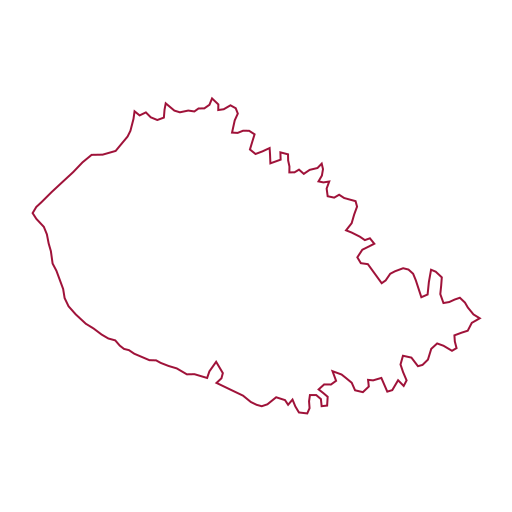 Ouro Verde do Oeste, Paraná, Brazil (Robinson projection), rotated 179°
{"feature_id": "56859067B29282085628082", "entity_name": "Ouro Verde do Oeste", "entity_type": "district", "adm_level": 2, "iso_a3": "BRA", "parent_name": "Brazil", "parent_adm1": "Paraná", "projection": "robinson", "projection_center": [-53.938, -24.799], "detail": "fine", "context": "isolated", "style": "outline", "palette": "rose", "viewbox_px": 512, "rotation_deg": 179, "n_neighbors": 0, "source": "geoboundaries", "source_scale": "gbopen_adm2", "svg_char_len": 2544}
<svg xmlns="http://www.w3.org/2000/svg" viewBox="0 0 512 512"><g transform="rotate(179 256 256)"><path d="M33.4,189.8L39.6,193.8L45.1,200.8L47.9,205.8L52.9,210.7L58.1,209.0L63.6,206.6L69.4,205.7L72.4,214.7L71.4,222.9L70.6,231.4L76.6,237.2L81.2,239.2L83.6,227.0L85.1,214.5L91.4,211.9L96.6,228.8L99.2,235.5L103.8,239.8L109.1,241.2L117.3,238.3L122.1,235.9L126.8,229.3L130.8,226.6L144.3,245.9L151.3,247.0L154.7,252.9L149.6,260.4L137.5,266.2L141.8,271.7L146.9,270.0L151.8,273.5L160.0,277.8L165.5,280.1L159.8,287.1L157.1,295.8L154.1,303.6L155.5,309.1L166.8,312.4L171.8,315.8L176.8,313.0L183.3,314.5L184.2,322.2L181.5,329.2L187.3,328.4L192.2,329.5L188.7,335.3L187.5,341.7L188.7,347.2L193.0,342.9L200.8,341.2L206.8,337.3L211.5,341.6L216.0,339.0L221.2,339.0L221.0,344.9L222.2,351.0L222.2,357.1L229.8,359.2L229.7,351.9L240.0,348.4L240.2,357.4L240.5,363.7L247.7,360.5L254.7,358.0L260.2,362.6L257.7,370.4L255.3,377.7L260.7,381.3L266.7,381.5L272.2,379.4L277.8,379.8L274.9,392.0L271.7,398.7L273.7,404.1L278.9,407.1L285.7,403.3L291.2,402.6L291.0,408.2L297.2,414.3L299.9,408.0L305.1,404.5L310.9,404.5L315.1,401.6L321.2,402.6L329.6,401.0L335.1,402.8L343.6,410.2L344.9,403.9L345.7,396.0L352.3,393.7L358.8,396.5L363.6,401.5L369.9,398.6L374.9,402.8L376.1,395.2L379.4,383.3L382.3,377.7L388.0,371.1L394.5,363.5L407.6,360.0L418.6,360.0L427.8,352.7L437.3,343.1L450.2,331.6L459.0,323.7L469.3,313.8L474.8,308.9L478.6,302.8L475.0,297.0L467.6,288.8L464.7,281.3L463.1,272.2L461.0,264.4L459.5,252.0L455.8,244.7L449.4,226.4L448.1,217.3L444.3,209.0L437.3,200.8L427.3,191.2L419.6,186.3L411.8,180.2L405.1,176.1L398.2,174.1L393.8,168.8L389.6,165.4L384.7,164.1L379.4,160.4L364.4,153.7L357.7,153.4L353.2,150.8L345.4,147.6L337.2,145.0L327.2,138.9L319.6,138.9L307.0,134.9L304.6,141.5L297.7,150.9L291.2,139.5L292.7,134.3L297.7,129.8L283.4,122.6L271.4,116.6L263.7,110.1L258.0,107.2L252.9,105.7L247.2,107.5L238.3,114.4L229.5,111.4L226.5,106.7L222.0,111.8L219.3,104.9L215.8,98.8L207.5,97.7L205.1,102.9L205.5,109.8L204.5,116.0L198.2,115.9L193.6,111.8L193.0,104.7L187.5,105.2L186.8,114.0L191.0,117.7L195.7,121.5L190.1,126.4L183.3,126.2L178.1,129.8L181.5,139.5L172.5,136.0L168.6,132.8L162.5,127.6L159.3,120.0L151.5,118.0L145.5,123.5L146.1,130.2L141.1,129.6L132.8,131.9L127.1,118.1L122.1,119.5L116.1,129.3L110.6,123.5L107.6,129.0L111.0,137.4L113.4,145.0L110.8,153.7L102.4,151.7L96.0,143.0L91.4,144.2L85.9,149.4L82.4,160.1L76.4,165.4L70.1,163.0L61.7,157.8L57.1,160.4L58.7,167.1L59.0,173.2L51.6,175.8L45.6,177.6L41.4,185.4L33.4,189.8Z" fill="none" stroke="#9f1239" stroke-width="2"/></g></svg>